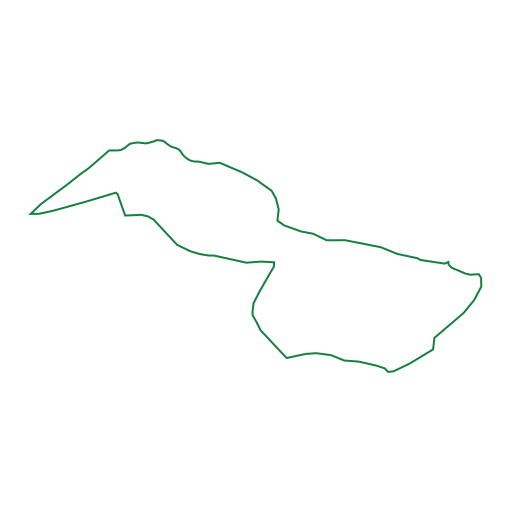 the district of San Cristóbal Totonicapán, Totonicapán, Guatemala
{"feature_id": "79465075B68551302151771", "entity_name": "San Cristóbal Totonicapán", "entity_type": "district", "adm_level": 2, "iso_a3": "GTM", "parent_name": "Guatemala", "parent_adm1": "Totonicapán", "projection": "orthographic", "projection_center": [-91.486, 14.927], "detail": "fine", "context": "isolated", "style": "outline", "palette": "green", "viewbox_px": 512, "rotation_deg": 0, "n_neighbors": 0, "source": "geoboundaries", "source_scale": "gbopen_adm2", "svg_char_len": 1401}
<svg xmlns="http://www.w3.org/2000/svg" viewBox="0 0 512 512"><path d="M388.2,371.9L393.6,371.3L409.4,363.7L433.1,349.4L434.4,337.9L463.7,312.9L474.2,300.0L481.3,286.6L481.1,277.9L478.8,274.2L470.2,274.7L465.2,273.5L451.6,267.7L448.6,264.6L448.4,262.0L444.6,263.6L420.5,260.0L417.7,258.3L397.3,253.9L380.7,247.2L345.0,240.2L326.8,240.3L313.0,233.7L301.2,231.5L284.1,225.4L277.4,220.6L278.7,209.4L275.9,198.4L271.6,190.8L257.3,180.5L241.7,172.1L219.6,162.8L208.4,163.9L199.2,161.7L196.4,161.5L194.6,161.6L192.1,161.1L189.8,160.3L187.8,159.1L185.4,157.4L182.6,154.5L180.7,151.6L179.3,149.8L177.2,148.6L175.4,147.9L173.2,147.3L170.7,146.4L168.4,144.8L166.4,143.4L164.4,141.6L162.4,140.7L157.0,140.1L154.1,141.3L148.1,143.0L145.7,143.4L138.1,142.5L134.1,142.9L130.0,143.8L127.7,145.5L125.1,147.7L120.9,150.0L118.0,150.4L109.1,150.5L89.3,167.7L86.0,170.2L81.1,173.6L66.0,185.5L51.8,196.0L40.9,204.1L30.7,213.9L39.1,213.8L52.6,210.9L85.1,201.9L115.8,192.7L117.6,194.1L122.8,208.9L125.1,215.5L131.5,215.3L141.2,214.8L148.0,216.4L153.7,219.7L177.1,244.8L190.2,251.2L199.4,254.0L208.5,255.5L213.7,255.5L246.4,262.7L261.1,261.6L274.1,262.3L273.9,266.6L270.1,273.1L260.2,290.3L253.6,303.1L252.5,311.8L252.6,315.2L256.2,321.5L260.6,330.3L276.9,347.7L286.7,358.0L305.9,353.9L316.2,353.2L330.9,355.1L344.2,360.5L358.7,361.6L376.4,365.6L384.6,368.3L388.2,371.9Z" fill="none" stroke="#15803d" stroke-width="2"/></svg>